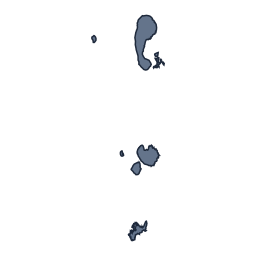 the district of Siau Tagulandang Biaro, Sulawesi Utara, Indonesia
{"feature_id": "22746128B24839603722983", "entity_name": "Siau Tagulandang Biaro", "entity_type": "district", "adm_level": 2, "iso_a3": "IDN", "parent_name": "Indonesia", "parent_adm1": "Sulawesi Utara", "projection": "equal_earth", "projection_center": [125.379, 2.44], "detail": "fine", "context": "isolated", "style": "filled", "palette": "slate", "viewbox_px": 256, "rotation_deg": 0, "n_neighbors": 0, "source": "geoboundaries", "source_scale": "gbopen_adm2", "svg_char_len": 5902}
<svg xmlns="http://www.w3.org/2000/svg" viewBox="0 0 256 256"><path d="M148.9,15.8L146.5,15.4L143.2,15.9L142.4,15.7L138.5,19.6L138.0,20.8L138.0,21.5L137.2,23.1L137.5,24.8L137.2,25.2L137.5,27.0L137.2,28.8L137.0,29.5L136.5,30.2L136.6,30.5L135.8,32.6L134.9,37.7L135.5,41.3L135.3,44.7L136.1,48.7L136.2,49.7L138.0,55.8L138.1,57.7L138.1,60.1L138.9,61.9L138.9,64.4L140.0,65.3L141.3,67.1L142.5,68.1L143.7,69.4L145.4,70.0L146.8,69.8L147.6,69.4L148.4,68.6L149.6,66.8L150.6,66.0L150.8,65.0L151.2,64.6L150.8,63.2L149.0,60.3L145.8,58.9L144.8,58.7L143.5,56.7L142.4,54.5L142.4,53.4L142.6,51.9L143.3,51.2L143.3,49.4L144.5,46.4L144.2,46.1L144.2,45.7L144.6,45.2L145.4,41.5L146.2,39.8L146.7,39.5L147.3,39.6L147.8,39.3L148.3,39.6L148.9,39.1L149.3,39.1L149.4,38.5L149.8,38.6L150.0,39.0L150.3,39.0L150.3,38.5L150.6,38.5L151.1,38.1L151.1,37.6L150.9,37.5L150.9,36.9L152.0,36.5L152.8,34.8L153.5,34.6L154.1,34.0L154.7,34.1L155.1,33.0L155.7,32.9L156.1,31.7L155.6,31.2L156.4,30.2L156.6,27.6L156.1,24.3L154.7,22.0L154.6,22.5L154.3,22.2L154.3,21.3L153.5,20.2L152.5,19.9L152.3,19.6L152.4,18.6L151.4,17.3L150.6,16.8L150.3,16.4L148.9,15.8ZM145.5,150.3L144.3,150.2L144.1,149.8L143.8,148.3L143.1,146.0L142.4,145.3L142.0,145.2L140.6,145.8L140.2,146.5L139.7,146.7L139.3,147.5L138.8,147.7L138.6,148.5L137.9,149.1L137.1,152.0L137.3,153.7L137.7,154.4L137.8,154.2L138.3,156.1L139.6,158.0L139.9,158.8L140.7,159.8L141.0,160.8L142.5,161.9L144.2,163.8L145.1,164.2L147.3,164.7L149.0,165.6L150.7,165.5L151.1,166.3L151.5,165.9L153.2,165.2L153.3,165.5L153.9,165.5L154.0,165.1L154.0,164.6L154.1,164.2L154.3,164.3L154.6,163.5L154.9,163.2L154.8,162.3L155.5,161.6L156.5,161.3L156.6,160.9L157.0,160.4L156.9,158.7L157.3,158.0L157.7,157.8L158.2,158.0L158.5,157.7L158.5,157.4L158.1,157.0L158.1,156.8L158.5,155.9L159.1,155.7L158.9,155.6L159.0,155.1L158.9,154.6L158.4,154.0L158.1,154.0L158.2,153.2L157.9,152.7L157.6,152.7L157.2,151.8L157.2,150.6L156.6,150.0L156.2,149.9L156.1,149.4L155.9,149.6L155.7,149.4L155.3,149.7L154.8,149.3L154.8,148.6L154.0,148.3L153.9,147.8L153.7,148.1L152.7,148.1L152.3,147.6L152.5,147.3L152.4,147.0L152.6,147.0L152.4,146.1L151.5,145.3L151.4,145.6L151.1,145.5L150.9,145.9L150.3,146.1L149.9,145.8L149.6,146.3L149.1,146.2L149.0,146.5L148.9,146.5L148.3,149.3L148.0,149.8L147.7,150.1L146.5,149.5L145.5,150.3ZM145.8,227.3L146.6,225.3L146.7,224.2L146.9,223.6L146.4,221.2L146.0,221.3L145.4,222.1L144.9,223.6L144.4,224.4L144.4,224.9L144.0,225.9L143.5,226.4L143.1,227.1L142.8,226.9L142.4,227.2L142.1,226.6L142.0,227.6L141.7,227.4L141.5,226.9L141.3,227.0L140.7,226.5L140.2,227.0L139.7,226.0L139.3,226.0L138.8,225.6L138.7,225.1L138.2,225.2L138.3,224.6L137.9,224.0L137.5,224.3L137.7,224.8L137.2,224.7L136.7,224.9L136.7,225.2L136.9,225.5L136.6,225.8L136.3,225.7L136.2,224.6L135.8,224.0L136.1,222.7L135.5,222.7L135.2,222.5L135.0,223.0L134.7,223.4L133.7,223.6L133.6,225.8L133.9,225.5L133.8,226.0L133.9,227.2L135.0,226.9L135.3,227.3L135.5,227.4L135.2,228.6L135.9,229.6L136.0,230.0L135.3,230.6L134.9,230.2L134.7,229.5L134.4,229.2L134.0,229.4L134.0,228.8L133.7,228.8L133.3,230.0L133.4,230.4L133.8,230.5L133.6,231.2L133.2,231.6L132.9,230.9L132.5,231.0L132.2,232.7L131.8,231.8L131.8,231.4L131.5,231.3L131.3,231.8L131.0,232.0L131.4,232.9L130.6,233.3L130.4,233.1L130.1,233.2L130.1,233.7L129.9,233.9L129.9,234.7L129.7,235.0L129.9,236.3L129.8,236.9L130.2,237.2L130.8,237.1L130.8,237.8L130.6,238.2L130.9,238.5L131.2,239.9L131.9,240.6L132.1,240.6L132.1,240.1L132.4,239.8L133.3,240.3L133.9,239.9L134.6,239.8L134.8,239.7L134.8,238.6L135.1,237.9L134.8,237.7L134.8,237.3L135.3,236.6L135.5,234.9L136.1,234.7L136.3,234.4L136.8,234.5L137.6,233.5L139.4,234.3L139.3,233.6L139.6,233.0L141.0,232.7L141.6,232.1L142.0,232.1L142.3,230.7L143.1,230.5L143.6,230.0L143.9,230.0L144.9,231.1L145.5,231.1L145.8,230.9L145.8,230.6L146.1,230.5L145.5,230.0L145.4,229.6L145.9,228.5L145.8,227.3ZM139.9,163.4L139.0,162.0L138.8,162.5L138.0,162.7L137.7,162.4L134.3,164.1L133.1,165.6L132.3,167.4L131.2,169.1L131.2,169.6L133.2,171.6L133.8,172.8L134.9,173.5L136.0,174.7L137.9,174.5L139.0,173.5L139.4,172.2L140.1,171.0L140.2,169.9L140.7,169.8L140.9,169.4L141.0,168.6L140.3,168.0L140.0,166.5L140.2,166.2L139.9,163.4ZM158.7,59.0L158.9,57.8L158.2,57.3L157.9,57.2L156.7,59.2L156.0,58.2L155.1,58.3L156.1,60.3L156.7,60.8L156.7,61.3L157.4,61.8L157.7,62.7L157.0,62.9L157.0,63.9L157.2,64.7L155.8,65.4L155.0,66.2L154.0,66.4L153.6,66.8L153.4,67.5L153.7,68.0L154.1,67.2L155.3,67.1L155.5,67.4L155.9,67.1L156.7,67.6L157.0,66.6L157.4,67.2L158.2,66.3L159.0,67.1L159.0,66.3L158.6,65.7L158.5,64.8L159.9,63.8L160.9,62.4L159.2,63.0L158.6,62.1L158.7,60.8L158.2,60.1L158.7,59.5L158.7,59.0ZM94.7,42.0L95.9,40.4L96.0,38.7L95.5,37.1L94.4,35.8L93.9,35.6L92.8,36.6L92.1,36.9L91.8,38.0L92.2,39.2L93.0,40.2L93.3,42.4L94.1,42.5L94.7,42.0ZM123.2,154.6L122.7,154.3L122.6,153.9L122.6,152.6L122.2,152.1L122.2,151.1L121.5,151.0L120.6,151.9L120.4,152.6L120.4,154.1L120.9,155.4L121.4,156.0L122.4,156.1L123.4,155.6L123.6,155.3L123.4,154.4L123.2,154.6ZM155.4,56.2L156.8,56.3L157.8,55.4L158.2,52.5L157.2,52.8L154.9,53.9L154.7,54.7L155.4,56.2ZM133.4,226.7L133.1,225.4L132.9,225.1L132.7,225.2L132.7,225.9L132.3,226.1L132.0,227.3L132.7,227.7L133.3,227.5L133.4,226.7ZM163.1,62.1L162.4,62.4L162.9,63.7L163.2,64.0L163.4,64.0L163.6,64.4L163.5,64.6L163.9,65.0L164.2,63.4L163.9,63.4L163.8,63.7L163.5,63.1L163.3,63.2L163.3,62.3L163.1,62.1ZM131.8,230.7L131.9,229.9L131.9,230.1L131.5,230.1L131.2,230.6L131.2,230.1L130.9,230.7L131.1,230.7L131.3,230.9L131.1,231.1L131.2,231.5L131.8,230.7ZM137.0,224.3L137.4,223.6L136.8,222.8L136.5,223.4L136.8,223.6L137.0,224.0L136.8,223.9L136.4,224.1L136.6,224.3L136.8,224.1L137.0,224.3ZM129.1,235.8L129.0,234.6L128.8,234.2L128.5,234.5L128.7,235.2L129.1,235.8ZM130.9,231.9L130.5,231.4L130.5,231.6L130.4,231.6L130.5,232.3L130.9,231.9ZM161.1,61.2L160.7,60.9L160.7,61.2L161.2,61.6L161.4,61.2L161.1,61.2ZM161.1,60.1L161.3,59.8L160.8,59.2L160.6,59.3L161.1,60.1Z" fill="#64748b" stroke="#1e293b" stroke-width="1.5"/></svg>